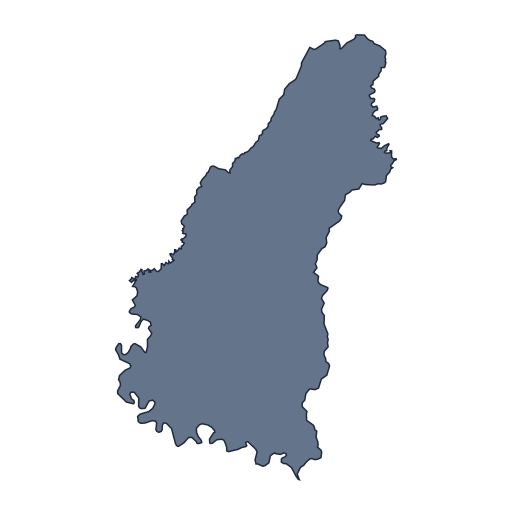 Menoaneng, Mokhotlong, Lesotho, rotated 271°
{"feature_id": "5366337B74637186434694", "entity_name": "Menoaneng", "entity_type": "district", "adm_level": 2, "iso_a3": "LSO", "parent_name": "Lesotho", "parent_adm1": "Mokhotlong", "projection": "orthographic", "projection_center": [29.096, -29.433], "detail": "fine", "context": "isolated", "style": "filled", "palette": "slate", "viewbox_px": 512, "rotation_deg": 271, "n_neighbors": 0, "source": "geoboundaries", "source_scale": "gbopen_adm2", "svg_char_len": 6063}
<svg xmlns="http://www.w3.org/2000/svg" viewBox="0 0 512 512"><g transform="rotate(271 256 256)"><path d="M472.7,368.9L473.6,365.9L475.4,363.4L478.8,360.6L478.9,352.7L478.1,351.6L476.5,351.8L474.4,350.1L470.7,343.2L464.7,337.5L464.8,336.3L468.0,336.4L472.6,334.5L473.2,331.6L471.6,321.5L470.1,320.8L464.0,312.1L463.5,310.4L465.5,306.2L449.8,298.1L446.9,298.1L434.4,293.2L433.1,292.3L428.9,286.3L423.1,281.7L417.7,280.9L413.2,276.5L402.7,273.6L400.3,272.0L397.8,271.4L394.2,268.9L391.0,268.4L388.4,265.8L386.2,266.1L383.5,264.1L381.7,260.9L380.0,260.1L379.1,260.5L377.1,259.2L376.4,257.3L371.5,256.3L369.7,253.9L365.3,251.3L364.0,249.2L361.1,247.1L359.5,244.6L359.2,243.0L357.9,241.9L357.9,240.7L356.8,238.8L353.8,236.8L354.1,235.7L353.0,234.6L353.2,233.7L350.1,233.0L348.3,231.0L344.7,230.9L341.5,228.3L338.6,228.6L339.2,226.5L341.6,223.9L342.6,217.3L345.1,212.3L345.1,210.5L344.0,208.8L338.9,206.9L338.6,205.8L335.6,204.4L331.5,200.8L328.2,199.0L324.5,200.5L323.7,198.0L320.8,195.5L316.6,195.7L314.1,193.6L308.7,194.0L306.6,191.1L305.0,190.6L300.8,186.3L296.8,186.6L295.2,184.8L295.0,183.8L289.8,180.6L287.0,181.2L284.6,183.8L282.7,183.3L282.1,182.3L280.7,182.8L280.2,181.8L278.6,182.8L277.5,182.3L276.9,183.6L277.0,185.3L274.8,185.8L271.9,182.9L271.9,181.7L271.1,180.7L270.4,180.9L270.1,182.1L268.5,182.0L268.2,183.7L267.4,184.0L265.0,182.5L264.4,181.2L261.7,181.1L262.5,179.1L260.2,177.9L258.7,175.9L260.8,175.7L260.9,174.6L258.0,174.5L255.9,173.4L257.0,170.9L256.7,170.0L255.3,170.3L252.4,172.8L251.2,172.3L250.3,174.0L247.5,170.7L249.3,168.9L247.7,169.0L246.6,168.3L247.9,166.0L244.8,164.4L246.8,162.4L246.7,161.5L241.5,161.4L238.7,158.4L239.0,156.7L241.6,154.5L239.6,152.3L239.9,150.2L238.1,151.0L238.0,149.3L240.7,149.1L241.2,148.2L239.5,146.4L239.0,144.2L236.0,144.7L235.5,143.5L239.2,142.0L240.2,142.3L240.7,141.3L238.3,140.0L236.6,137.5L234.9,138.8L233.0,138.2L233.4,136.0L231.3,135.5L230.9,134.4L232.3,132.2L230.6,131.5L229.2,129.9L227.5,132.0L229.5,134.0L228.9,135.7L230.7,136.5L230.2,137.0L223.4,133.1L223.2,135.6L221.9,137.0L218.0,138.3L214.1,137.7L209.9,133.1L204.6,136.2L202.8,135.2L201.1,131.9L198.4,130.3L197.5,130.4L195.9,132.6L195.4,138.6L193.1,142.0L190.2,141.4L184.0,136.7L182.4,136.9L182.2,139.2L183.0,140.1L188.7,142.3L190.9,144.6L189.6,149.0L187.9,151.6L184.8,152.4L183.5,150.4L181.8,149.7L176.9,153.1L174.2,151.9L170.8,148.9L163.5,149.1L157.6,147.8L157.8,146.4L163.2,142.3L166.3,136.5L165.9,135.0L163.2,132.4L161.8,132.3L157.4,130.0L155.3,127.5L154.9,125.7L156.6,123.3L164.4,123.1L166.1,121.9L165.9,120.2L161.1,117.3L159.5,117.4L155.0,120.2L150.4,121.8L146.3,131.3L143.8,132.9L141.9,131.9L139.4,127.0L134.2,121.7L130.2,120.7L127.2,122.4L124.1,122.7L118.8,120.0L116.0,120.1L107.7,129.0L106.1,136.1L107.3,136.9L109.4,136.4L110.9,134.1L115.8,132.2L117.7,133.6L117.6,136.7L111.9,141.3L103.8,141.2L102.2,142.2L101.4,144.0L101.8,147.7L109.2,151.7L110.1,155.1L108.4,157.2L106.4,157.6L101.8,155.3L98.6,151.5L95.9,142.9L93.6,140.5L88.6,141.1L87.2,142.6L86.7,144.1L87.2,148.5L89.6,154.9L89.1,158.6L87.0,159.6L80.8,158.9L79.0,159.9L78.0,161.9L79.0,164.4L80.7,165.2L84.6,165.2L87.5,166.4L87.2,169.3L82.0,174.6L67.9,178.5L65.6,179.5L64.6,180.5L64.3,181.8L67.9,187.2L73.3,191.7L73.5,195.0L69.3,199.7L67.8,200.2L67.4,201.4L68.3,204.7L68.9,205.1L70.9,204.3L74.5,201.4L78.4,199.7L82.8,199.4L86.3,202.4L87.3,205.0L86.3,210.7L83.9,214.8L80.3,217.9L78.9,217.8L78.4,216.6L72.1,212.7L68.3,213.0L67.7,213.8L68.0,215.7L71.6,220.0L72.2,225.0L71.3,227.0L70.0,227.8L65.1,229.8L60.4,230.3L59.9,232.0L62.3,241.2L64.5,245.7L65.2,249.1L66.2,250.1L68.9,248.9L70.0,249.7L70.3,251.0L62.9,259.1L60.1,260.5L52.1,258.6L48.0,259.7L48.2,260.9L45.9,266.6L46.5,268.6L49.4,272.5L56.4,273.8L58.3,276.0L59.5,278.7L58.6,279.4L58.1,284.3L59.5,286.9L59.4,288.3L58.6,289.6L57.4,289.9L55.7,288.6L54.6,285.9L53.3,284.9L50.4,284.9L49.0,287.2L48.8,289.9L45.2,295.1L36.7,299.8L33.6,302.0L33.1,303.2L38.7,301.0L45.4,304.1L47.6,307.4L51.1,310.0L54.2,313.6L54.4,315.5L53.4,318.6L54.0,321.5L55.6,324.5L61.2,325.1L63.1,324.3L66.0,320.8L67.6,321.4L71.0,321.1L76.0,319.2L82.0,319.8L83.1,317.9L86.4,317.2L88.1,316.0L92.5,309.5L98.9,309.1L101.4,309.7L106.1,304.9L109.6,304.7L112.7,307.2L119.4,308.3L123.5,311.5L124.1,312.4L123.4,317.2L125.0,320.8L134.1,323.5L138.1,328.9L147.6,331.5L150.0,330.3L151.6,327.9L155.0,327.3L158.4,325.6L161.8,325.9L166.4,329.7L170.5,329.0L174.0,329.6L176.3,328.7L179.4,329.2L189.2,325.2L197.7,325.3L200.8,322.9L203.8,322.4L210.1,325.0L214.9,322.1L217.7,323.3L222.8,327.8L224.9,328.5L225.7,328.2L228.1,322.0L229.7,319.5L232.6,318.3L236.8,318.9L240.7,313.8L245.1,317.1L249.3,315.5L253.4,317.2L258.2,317.3L264.5,321.7L266.4,324.9L270.2,326.5L275.7,325.8L282.2,329.0L284.9,328.6L292.6,339.1L295.3,340.6L297.7,341.0L300.1,338.1L302.7,337.3L306.3,339.0L313.0,343.6L318.6,344.3L321.7,349.0L323.6,350.7L324.8,357.7L330.2,360.8L329.3,364.8L329.1,373.6L330.3,376.5L330.2,380.3L331.6,383.5L333.1,384.4L338.7,385.0L342.2,388.2L345.3,389.2L346.7,391.1L347.6,389.3L349.1,389.1L350.8,390.8L353.1,391.9L355.0,394.7L355.7,394.4L355.3,391.7L357.4,389.8L363.4,389.8L363.7,388.2L361.8,388.6L361.4,387.9L361.1,383.8L361.9,382.6L362.9,382.8L363.6,384.9L366.1,384.9L370.0,387.0L370.6,386.6L368.5,382.5L365.8,379.5L366.0,376.4L366.9,375.2L370.5,377.5L371.5,377.1L371.0,374.6L373.4,368.7L375.0,369.3L375.0,370.9L377.8,373.1L376.6,375.1L378.0,377.1L378.9,377.1L379.8,375.1L381.4,373.9L384.5,376.9L384.7,379.4L386.3,379.5L388.8,377.7L389.9,378.0L390.7,381.0L395.7,385.2L398.4,383.7L398.1,381.3L397.3,378.5L394.5,377.6L394.1,376.5L394.9,375.8L396.3,375.9L395.5,373.8L397.8,372.1L398.3,369.9L401.0,370.5L403.2,372.4L404.1,374.7L405.6,375.1L407.9,374.1L407.0,370.1L409.3,368.6L410.5,368.8L412.5,371.4L414.7,372.0L415.6,371.0L415.5,368.0L418.2,366.4L419.3,367.0L421.8,371.7L423.6,372.1L425.3,371.0L425.9,368.8L427.8,367.6L429.0,368.8L429.2,369.9L433.0,370.1L437.7,375.5L439.8,375.5L443.3,377.8L446.6,378.0L446.7,381.1L447.6,381.6L451.9,382.5L452.2,381.9L455.6,382.1L457.2,381.4L460.6,382.4L463.7,381.8L468.3,376.0L470.4,370.4L472.7,368.9Z" fill="#64748b" stroke="#1e293b" stroke-width="1.5"/></g></svg>